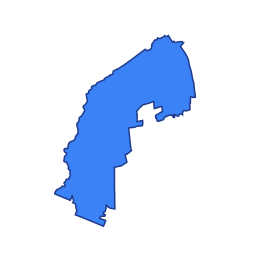 outline of Tiganasi, Iasi, Romania, rotated 110°
{"feature_id": "2599482B17220998825141", "entity_name": "Tiganasi", "entity_type": "district", "adm_level": 2, "iso_a3": "ROU", "parent_name": "Romania", "parent_adm1": "Iasi", "projection": "equal_earth", "projection_center": [27.471, 47.35], "detail": "fine", "context": "isolated", "style": "filled", "palette": "blue", "viewbox_px": 256, "rotation_deg": 110, "n_neighbors": 0, "source": "geoboundaries", "source_scale": "gbopen_adm2", "svg_char_len": 5808}
<svg xmlns="http://www.w3.org/2000/svg" viewBox="0 0 256 256"><g transform="rotate(110 128 128)"><path d="M117.4,175.3L120.0,176.0L120.7,176.2L121.9,177.0L122.7,177.4L123.4,177.4L124.1,177.1L124.4,176.6L124.7,176.0L125.0,175.5L125.3,175.3L126.1,174.9L126.5,174.8L127.3,174.7L127.8,174.8L131.9,175.6L132.5,175.8L133.1,176.1L134.2,176.9L134.8,177.2L135.0,177.2L135.5,177.2L137.1,176.7L138.1,176.5L138.5,176.6L139.2,176.7L139.7,176.9L140.8,177.4L141.4,177.5L142.1,177.3L144.1,176.3L145.2,175.4L145.7,175.0L147.7,174.0L149.2,173.4L150.1,173.3L150.5,173.3L151.1,173.4L152.9,174.1L153.8,174.3L154.2,174.3L155.7,174.1L156.3,174.0L156.9,174.2L158.3,174.8L158.9,175.3L160.1,176.9L160.9,177.6L161.9,178.2L162.5,178.3L164.1,178.3L165.3,178.1L167.9,177.6L168.3,179.1L168.6,179.7L168.9,180.2L169.6,180.7L170.0,180.7L170.5,180.6L171.5,180.0L171.9,179.7L172.2,179.2L172.4,178.6L172.7,177.0L174.8,176.8L175.7,177.4L176.1,177.7L177.1,177.8L178.1,177.6L178.9,177.4L179.9,177.1L180.4,177.1L181.1,176.8L181.4,176.6L181.5,176.2L181.5,175.8L181.4,175.1L181.2,174.0L182.7,172.6L184.1,171.1L184.6,170.7L185.0,170.6L186.2,170.4L186.5,170.3L186.9,170.0L187.2,169.6L187.4,169.2L187.3,168.9L187.2,168.6L187.3,168.4L187.4,168.2L188.0,168.0L188.4,167.7L189.3,167.4L190.7,167.0L190.9,166.9L191.9,166.3L192.4,166.0L193.4,166.1L194.2,166.3L196.0,166.3L196.3,166.4L196.5,166.5L196.7,166.8L196.9,167.6L196.9,167.8L197.2,168.2L197.4,168.4L197.9,168.5L198.5,168.4L199.1,168.4L199.6,168.5L200.5,169.1L201.0,169.3L201.4,169.3L201.8,169.2L202.0,169.0L202.2,168.6L202.3,168.3L202.4,168.2L203.7,167.5L204.0,167.4L204.4,167.3L204.7,167.5L205.0,167.9L205.0,168.3L204.9,168.6L204.8,169.3L205.0,169.7L205.1,169.9L205.3,170.1L205.7,170.2L206.8,170.4L207.2,170.7L208.6,172.3L209.5,173.0L210.6,173.9L211.4,174.2L211.8,174.3L212.5,174.2L213.4,174.6L214.9,174.3L215.0,174.1L215.7,158.1L215.7,157.5L211.0,157.3L214.8,154.3L217.1,154.3L217.1,151.9L217.4,151.4L217.6,151.2L218.2,150.9L220.7,149.7L222.5,148.2L222.8,147.9L227.6,147.8L227.7,140.7L228.7,117.5L227.5,117.4L223.3,117.3L222.9,117.3L222.6,117.4L222.6,123.5L220.8,123.6L220.5,123.5L220.3,123.1L219.7,122.1L219.4,121.1L218.8,119.7L217.3,119.7L217.2,121.8L215.8,122.2L215.3,122.2L214.9,121.1L213.6,121.0L211.6,121.0L208.8,121.8L208.0,121.9L208.3,121.4L208.8,120.0L209.4,118.0L209.3,117.1L209.3,116.7L209.1,115.6L208.9,114.9L208.7,113.8L208.6,112.7L206.4,113.4L202.9,114.9L194.4,118.0L189.5,120.0L175.0,125.3L172.1,126.3L169.6,127.5L169.1,126.8L168.7,125.8L168.0,124.8L167.0,123.3L166.6,122.6L165.7,121.2L163.1,119.3L161.6,118.2L160.7,117.3L156.4,120.0L155.3,120.8L154.3,121.6L153.3,120.4L152.8,119.9L148.0,117.0L147.8,117.0L147.2,117.8L144.2,119.4L139.7,121.6L133.5,124.6L127.8,127.4L127.5,127.0L127.1,126.0L126.6,125.3L126.3,124.8L126.2,124.6L126.1,124.1L125.7,123.0L125.4,122.5L125.1,122.3L124.6,121.4L124.3,121.2L123.6,120.7L123.4,120.3L122.8,119.1L121.0,115.6L120.9,115.3L118.8,115.6L117.5,116.2L115.9,116.8L116.5,117.8L117.1,118.9L117.5,119.3L118.9,121.7L113.8,123.4L111.8,124.2L111.1,124.8L110.8,124.9L109.8,125.5L109.7,125.4L109.2,125.4L108.7,125.3L106.2,124.4L105.2,124.2L104.3,123.7L103.1,122.7L101.4,122.4L101.0,121.7L100.6,121.0L99.2,119.2L98.3,117.9L96.3,115.3L94.3,113.0L100.8,109.9L96.1,103.7L100.8,101.1L101.1,101.4L101.9,102.5L103.2,103.4L103.9,104.1L105.4,105.1L105.9,105.8L106.4,106.2L106.7,106.3L107.3,106.3L108.2,105.5L108.4,105.5L109.1,105.4L109.2,105.1L109.1,104.7L111.5,102.8L111.1,102.2L110.9,100.8L110.6,100.4L110.3,100.2L109.7,99.9L109.4,99.5L108.6,98.1L108.1,97.7L107.9,97.6L107.4,97.4L106.6,97.6L105.9,97.4L105.2,97.1L104.6,96.7L104.3,96.0L104.0,95.8L103.4,95.4L103.0,94.9L102.8,94.6L101.6,93.3L101.4,92.8L101.2,92.2L101.4,92.1L101.4,91.9L101.0,90.7L101.1,90.4L101.5,90.1L101.9,89.7L102.1,89.4L102.4,89.2L102.3,88.8L102.3,88.7L102.5,88.3L102.3,88.2L102.1,88.0L101.1,88.2L100.1,88.3L100.3,88.7L100.5,89.1L100.0,89.4L99.5,88.6L99.2,87.9L99.3,87.5L99.6,87.1L99.7,86.8L99.9,85.5L99.8,85.1L99.4,84.5L98.0,84.6L96.8,83.3L96.7,83.2L96.7,81.9L96.8,81.5L96.9,81.2L95.3,81.8L95.1,82.0L92.6,81.8L92.5,81.4L92.2,79.7L92.0,79.2L89.8,76.2L89.6,76.1L89.4,76.1L87.4,76.9L83.5,78.5L83.3,77.9L77.3,79.9L77.1,79.1L77.1,78.7L77.0,77.8L77.1,77.7L77.1,77.3L77.0,77.1L76.4,76.3L76.3,75.9L76.0,75.3L74.8,75.9L73.4,76.4L72.8,76.8L71.9,77.2L71.0,77.9L70.4,78.1L70.0,78.4L68.6,79.0L63.2,81.6L61.8,82.5L61.6,82.7L61.6,82.9L61.4,83.1L53.0,88.1L49.5,90.7L46.7,92.6L43.6,94.4L42.4,95.5L41.8,95.9L39.8,97.9L37.5,100.8L36.9,101.7L33.8,106.0L33.3,106.6L32.4,106.2L28.8,104.9L28.7,105.4L28.8,105.6L28.7,106.1L28.4,106.7L28.3,106.9L31.6,113.3L31.6,113.6L31.5,113.8L30.8,114.7L32.1,115.8L27.3,121.7L28.0,122.2L28.7,122.9L28.9,123.3L29.0,123.6L29.0,123.9L28.9,124.4L28.6,125.1L29.3,125.3L30.4,126.0L30.8,126.3L31.5,127.1L32.1,127.7L33.1,128.6L33.3,131.1L34.4,131.1L35.3,131.2L35.5,131.3L35.6,131.5L35.8,132.0L35.8,132.3L36.3,133.1L38.3,133.4L39.0,133.5L40.4,134.1L40.8,134.2L41.3,134.2L41.8,134.0L43.9,133.5L44.6,133.3L44.9,133.4L45.2,133.5L45.8,133.5L46.3,134.0L46.6,134.2L47.2,134.4L47.3,134.5L47.6,135.0L48.1,135.6L48.8,136.1L48.9,136.5L48.9,136.8L48.8,137.1L48.4,137.6L48.2,138.4L48.2,138.8L56.3,144.1L64.3,149.3L71.0,153.9L72.3,155.0L74.7,156.7L79.5,161.3L80.2,161.2L80.5,161.2L82.0,160.8L82.7,160.8L83.5,161.8L83.8,162.3L84.3,163.0L85.1,162.9L85.3,163.4L86.3,164.3L89.6,167.0L90.7,166.6L90.8,166.9L91.3,167.4L94.7,171.1L95.2,171.7L95.6,172.1L96.2,172.5L97.0,172.7L98.0,172.8L98.6,173.1L99.6,174.4L100.4,175.1L101.2,176.2L101.4,176.3L101.7,176.4L101.9,176.4L102.7,176.0L103.6,175.8L104.2,175.9L104.8,176.2L105.0,176.4L105.2,176.7L105.5,177.0L106.1,177.4L106.8,177.5L107.1,177.5L108.5,177.1L109.0,177.2L109.4,177.6L109.8,178.4L110.0,178.7L110.4,178.9L110.6,178.8L112.1,177.9L113.0,177.5L113.9,177.1L114.8,176.3L115.4,175.8L116.5,175.4L117.4,175.3Z" fill="#3b82f6" stroke="#1e3a8a" stroke-width="1.5"/></g></svg>